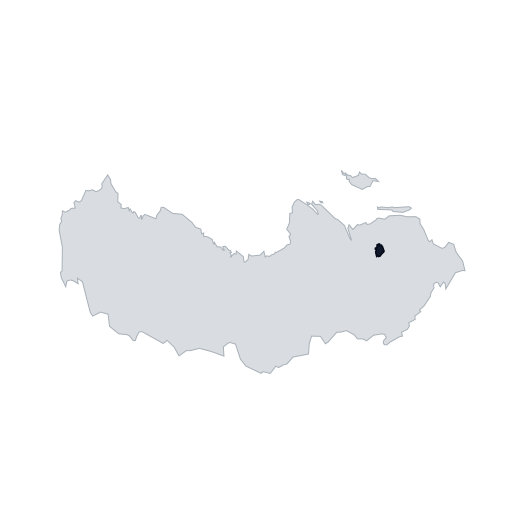 Ydre, Östergötland, Sweden shown in context, rotated 246°
{"feature_id": "70781695B77319052576645", "entity_name": "Ydre", "entity_type": "district", "adm_level": 2, "iso_a3": "SWE", "parent_name": "Sweden", "parent_adm1": "Östergötland", "projection": "robinson", "projection_center": [15.27, 57.891], "detail": "fine", "context": "in_parent", "style": "filled", "palette": "ink", "viewbox_px": 512, "rotation_deg": 246, "n_neighbors": 0, "source": "geoboundaries", "source_scale": "gbopen_adm2", "svg_char_len": 4677}
<svg xmlns="http://www.w3.org/2000/svg" viewBox="0 0 512 512"><g transform="rotate(246 256 256)"><path d="M126.8,338.3L128.5,341.9L132.2,341.5L133.8,338.9L135.8,331.2L133.5,322.6L136.9,319.7L139.1,315.0L144.2,313.6L151.1,308.2L151.9,302.8L153.5,298.8L148.0,286.7L147.6,283.7L156.4,282.2L160.2,274.2L154.3,269.0L145.1,264.1L148.6,248.7L144.8,240.3L145.4,236.8L144.9,231.4L147.2,229.2L142.9,221.2L147.4,215.7L146.7,212.9L159.7,201.9L168.2,199.8L183.8,201.5L187.6,197.1L187.7,194.8L186.3,189.2L177.6,186.0L187.2,176.0L194.7,166.7L196.2,157.7L197.9,153.9L196.1,145.1L206.1,144.1L215.1,140.5L213.8,135.7L233.4,121.0L234.0,118.3L232.5,115.8L227.8,111.3L229.1,109.2L234.3,108.0L236.8,106.0L240.7,99.0L251.3,93.6L263.0,97.2L268.0,91.1L267.5,82.5L271.7,81.6L303.2,87.0L308.3,83.8L303.0,82.2L308.1,78.7L309.6,76.6L310.0,74.2L309.8,72.8L305.3,69.7L315.2,69.3L320.6,70.7L321.1,72.7L342.8,82.7L359.8,86.7L364.8,89.6L366.7,92.7L369.4,92.9L372.7,95.9L376.0,97.5L373.5,99.6L373.8,104.2L374.7,106.4L373.3,110.4L378.9,111.4L379.9,113.8L377.1,116.3L377.6,119.0L385.1,127.3L383.4,130.0L383.1,133.4L380.0,135.9L379.6,138.5L380.4,141.9L381.6,143.5L384.8,144.6L390.4,153.5L385.1,154.2L381.0,152.9L371.6,154.0L369.3,155.4L361.9,151.8L357.8,153.8L354.9,152.1L352.8,155.0L352.3,159.0L348.9,158.6L350.2,160.1L345.6,160.7L345.3,161.3L346.3,162.3L345.0,163.5L338.6,163.9L337.8,165.2L339.7,166.8L339.7,167.7L335.6,166.3L338.5,169.2L339.2,171.3L330.7,179.8L333.7,182.1L336.3,187.0L339.0,189.2L337.9,191.5L329.0,197.0L324.1,205.5L312.8,211.1L306.8,212.5L303.0,216.5L298.4,215.3L298.3,217.6L295.4,216.1L293.1,219.7L288.9,222.7L284.4,222.1L283.9,222.7L285.3,223.5L280.1,224.3L278.6,227.4L274.7,228.3L274.1,229.3L278.1,229.5L277.3,232.0L272.9,233.3L271.3,234.9L269.3,234.9L269.6,233.6L266.7,233.7L265.7,232.3L265.2,232.6L267.2,236.8L265.8,238.5L268.6,240.1L260.5,244.2L255.5,242.6L254.9,243.8L256.0,247.3L260.4,250.1L257.8,251.9L255.1,260.1L257.1,265.1L251.4,264.0L251.8,265.9L250.1,268.1L250.8,271.3L250.3,273.4L251.6,275.3L250.9,276.2L251.8,285.1L253.5,288.9L253.0,292.0L255.3,293.6L260.3,294.0L261.8,296.5L268.0,295.0L272.6,300.0L281.1,304.2L280.7,306.9L286.1,308.9L289.4,312.7L290.7,316.0L290.3,318.0L282.0,323.4L275.6,327.0L268.9,329.2L269.2,330.1L272.5,330.4L280.6,327.8L283.0,330.1L278.6,331.2L277.8,334.3L276.0,336.3L258.2,343.4L255.8,345.6L247.9,349.2L233.5,348.9L231.3,349.7L243.8,351.1L246.7,353.7L240.8,355.4L243.5,361.6L242.0,363.1L241.9,370.0L239.8,370.1L238.9,373.0L240.0,379.9L241.1,381.8L240.6,383.8L237.3,388.5L238.5,394.0L234.6,404.2L230.3,410.1L226.9,418.0L223.1,420.7L218.7,419.0L212.0,420.0L199.9,419.7L198.4,420.5L199.3,423.3L195.0,422.9L187.3,429.0L187.0,431.9L190.1,437.6L186.3,441.3L178.1,440.4L167.2,442.7L157.5,440.9L158.8,438.9L159.6,431.4L148.7,416.0L153.9,417.6L156.0,416.8L152.9,411.8L157.4,411.5L158.8,409.7L158.0,406.8L154.4,405.5L151.3,401.0L148.0,398.6L142.2,389.5L140.2,383.3L138.2,383.9L136.5,376.7L133.4,375.7L132.9,368.4L129.5,367.6L127.4,364.3L127.2,358.1L123.3,357.2L123.8,354.2L122.8,343.2L121.6,339.7L122.7,337.2L124.8,336.9L126.8,338.3ZM294.0,372.3L292.2,373.0L291.2,375.0L288.4,376.0L288.0,382.3L290.6,384.7L288.0,385.7L286.2,389.1L281.3,391.3L279.4,393.5L278.4,396.6L274.2,398.2L277.2,393.6L273.1,388.3L274.1,386.4L273.6,380.2L282.2,372.5L286.2,371.5L288.1,372.4L288.8,370.5L290.1,370.1L294.0,372.3ZM238.7,416.0L236.5,417.4L235.8,415.5L236.0,408.2L240.8,399.4L242.9,398.7L248.7,387.0L249.3,386.2L251.4,386.9L249.9,388.0L250.0,390.1L246.3,396.4L245.4,400.5L244.1,401.5L238.7,416.0ZM295.7,369.9L295.3,371.6L293.1,370.2L295.2,368.2L299.5,368.7L295.7,369.9ZM284.6,324.3L281.9,327.0L281.3,325.9L281.9,324.5L284.6,324.3ZM278.8,338.6L277.4,338.7L278.4,336.9L280.3,336.4L278.8,338.6Z" fill="#d9dde1" stroke="#a8b0b8" stroke-width="1"/><path d="M217.3,372.7L216.9,372.5L216.7,372.0L217.1,371.5L216.9,371.0L216.3,370.9L215.8,370.6L215.4,370.3L215.0,370.1L214.4,369.7L214.3,369.4L214.7,368.6L214.7,368.3L214.5,368.1L213.5,367.8L213.4,368.1L212.5,368.2L211.7,367.9L211.4,367.2L210.8,366.9L210.2,366.7L209.4,366.5L208.6,366.5L208.0,366.3L207.2,366.1L206.7,366.1L207.0,366.5L207.2,366.8L207.2,367.1L206.8,367.3L206.0,367.3L205.7,367.5L205.6,368.1L205.5,368.7L205.5,368.9L205.5,369.2L205.5,369.7L206.0,370.2L206.1,370.4L206.3,370.9L206.6,371.0L206.7,371.3L206.7,371.7L207.0,372.2L207.3,372.8L207.3,373.1L207.4,373.7L207.7,373.8L207.8,374.0L207.8,374.3L207.9,374.6L208.1,374.8L208.4,375.0L208.8,375.0L209.1,375.1L209.5,375.1L210.3,375.1L210.7,375.2L211.4,375.2L211.9,375.1L212.4,375.4L213.0,375.4L213.3,375.2L213.9,375.1L214.8,375.1L214.8,374.5L215.2,373.9L216.1,373.9L216.6,373.8L217.1,373.4L217.2,372.7L217.3,372.7Z" fill="#0f172a" stroke="#020617" stroke-width="1.5"/></g></svg>